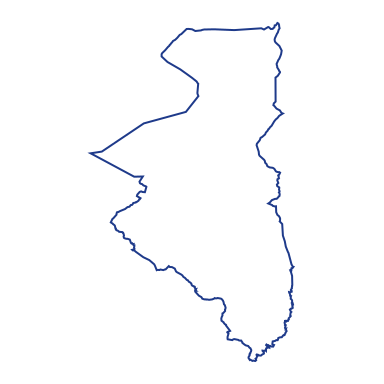 Offinso Municipal, Ashanti, Ghana (Albers equal-area conic projection)
{"feature_id": "2480657B80894926360364", "entity_name": "Offinso Municipal", "entity_type": "district", "adm_level": 2, "iso_a3": "GHA", "parent_name": "Ghana", "parent_adm1": "Ashanti", "projection": "albers", "projection_center": [-1.702, 7.059], "detail": "fine", "context": "isolated", "style": "outline", "palette": "blue", "viewbox_px": 384, "rotation_deg": 0, "n_neighbors": 0, "source": "geoboundaries", "source_scale": "gbopen_adm2", "svg_char_len": 6042}
<svg xmlns="http://www.w3.org/2000/svg" viewBox="0 0 384 384"><path d="M288.8,319.5L288.6,319.1L288.7,318.3L290.7,316.2L290.6,315.6L290.2,315.3L290.6,312.8L291.3,312.0L290.9,311.7L289.9,309.6L290.6,308.9L291.2,308.8L291.3,308.5L292.5,308.2L292.5,307.8L292.7,307.5L292.3,306.0L292.6,305.8L292.6,305.3L292.2,304.5L292.4,304.3L292.7,304.6L293.0,304.5L292.7,303.4L292.2,303.3L292.3,302.7L291.9,302.6L292.1,302.2L292.1,300.4L291.6,299.6L290.7,298.8L290.8,296.7L290.5,296.3L290.9,295.9L290.1,295.3L290.1,294.3L289.2,292.7L289.1,292.1L289.8,292.3L291.7,291.7L291.6,290.9L291.2,290.8L290.8,290.1L291.0,289.5L291.9,288.4L291.8,287.3L292.1,286.8L292.0,285.8L292.3,285.2L292.1,275.9L290.9,271.8L291.2,271.1L290.6,271.0L290.6,270.7L290.2,270.1L291.2,269.5L291.4,268.8L292.4,268.3L292.5,268.1L292.1,267.9L293.2,267.2L293.4,266.9L292.9,266.8L291.5,264.4L288.5,253.0L287.9,251.9L285.8,246.6L284.8,241.3L282.9,235.6L282.2,224.0L279.7,221.4L280.0,220.9L280.1,219.6L280.1,218.5L279.8,217.6L279.0,216.2L277.4,214.9L276.2,212.2L276.0,206.3L274.6,206.4L272.7,205.8L272.2,205.1L268.3,203.5L269.8,202.5L271.9,200.1L275.0,198.9L276.7,198.8L278.3,197.2L278.6,196.5L279.4,196.1L279.7,194.8L279.5,193.1L278.9,192.5L279.6,191.2L279.0,189.7L279.3,187.8L279.2,187.4L277.3,186.2L276.9,184.6L278.3,183.0L277.3,180.4L277.5,179.2L278.7,178.6L279.0,178.2L278.7,177.6L278.6,175.9L278.2,175.6L278.4,175.1L279.2,174.6L280.1,172.7L279.3,172.1L278.0,172.1L276.5,171.7L275.8,171.2L274.4,168.9L273.3,168.1L272.7,167.8L269.6,167.4L267.4,166.2L266.5,164.0L265.2,162.8L264.8,160.9L264.2,159.9L259.6,155.8L259.0,154.6L258.7,151.6L256.6,145.2L256.9,143.7L259.7,140.3L260.6,137.8L262.1,137.0L265.1,134.4L265.9,132.5L267.6,130.7L268.4,129.1L269.2,128.7L269.8,127.5L271.6,125.8L274.2,121.4L275.8,119.4L277.4,118.1L279.2,115.8L282.8,113.5L282.0,113.2L281.2,112.5L279.9,110.4L276.5,108.6L274.2,105.8L273.4,105.2L273.8,103.4L275.6,101.6L275.5,77.6L277.8,75.8L280.0,72.4L279.9,71.7L279.0,70.7L278.8,69.9L277.2,67.4L277.2,66.1L276.9,65.5L276.6,63.9L278.4,59.9L279.3,58.7L280.6,55.5L281.1,54.1L281.7,50.6L279.4,46.0L275.6,42.5L274.9,41.4L274.6,39.7L274.9,38.3L277.1,33.5L277.8,32.6L278.7,29.7L279.6,28.3L279.1,26.1L279.1,25.1L278.5,23.6L277.4,23.0L276.2,24.9L275.8,25.3L274.7,25.4L274.3,27.5L273.4,28.0L272.7,28.9L270.8,29.0L268.8,27.2L268.2,27.0L264.0,29.5L261.3,28.3L234.3,30.1L214.2,29.3L204.2,29.5L202.2,29.9L201.0,30.4L195.3,31.0L192.1,29.3L188.5,28.9L186.6,29.0L181.3,34.1L179.7,34.9L177.3,37.8L175.2,39.8L173.0,41.0L172.2,42.2L170.7,43.8L170.4,44.5L169.7,44.9L169.2,45.9L168.1,46.8L165.1,50.3L162.2,53.1L161.6,54.2L161.6,56.5L167.5,62.0L180.3,69.4L192.0,77.8L196.6,81.5L197.8,83.4L198.2,83.7L197.4,92.9L197.5,93.8L198.4,96.1L185.9,111.9L143.8,123.4L101.8,151.6L90.6,153.3L134.2,176.7L142.8,176.5L139.5,181.6L139.9,183.1L140.6,183.7L142.1,184.1L143.4,185.4L146.0,186.4L146.4,186.8L144.9,192.2L142.6,192.0L141.1,191.4L139.7,191.9L137.3,194.6L136.9,196.1L140.5,198.2L139.7,199.3L139.2,199.4L138.5,200.7L136.8,201.9L136.1,202.0L135.8,202.5L133.3,203.0L132.6,204.3L132.0,204.9L130.7,205.1L129.5,206.7L127.5,207.1L125.1,209.0L120.0,211.1L118.2,212.1L117.2,212.1L116.6,213.2L116.5,214.7L113.3,218.3L112.4,219.0L110.8,222.4L112.8,223.7L113.1,224.2L114.4,225.1L114.9,225.8L115.4,228.2L115.9,228.5L115.8,229.5L116.6,230.3L117.5,230.5L118.7,231.3L119.1,231.8L122.4,232.1L123.1,232.7L123.0,233.1L123.5,233.6L124.0,235.5L123.6,236.4L123.9,237.8L124.7,238.3L126.3,238.8L127.6,238.8L129.8,239.6L130.9,242.8L131.5,243.5L132.0,243.3L132.1,243.6L132.6,243.7L133.1,244.2L133.5,244.1L133.3,244.8L133.8,245.4L134.4,245.4L134.3,246.7L134.0,247.6L134.5,248.9L134.1,249.3L132.2,249.8L132.8,250.4L134.3,250.4L135.7,251.7L143.3,257.2L149.3,260.1L154.2,264.3L154.9,265.6L156.7,270.1L157.1,269.9L159.6,270.0L160.3,269.5L163.3,270.1L165.0,269.4L165.6,269.4L168.8,266.1L169.8,267.0L172.0,267.1L174.8,268.6L176.0,271.4L176.8,272.1L181.2,274.5L182.4,275.4L183.4,276.9L185.0,277.9L186.8,279.9L187.9,280.3L188.8,281.7L190.1,282.4L191.3,283.5L191.6,284.8L192.3,285.7L194.6,286.6L194.8,286.8L194.6,287.5L195.1,288.0L195.4,289.3L195.8,289.2L195.6,289.5L195.9,289.9L195.4,290.4L195.8,290.7L195.2,290.7L195.2,291.4L194.8,291.2L198.9,295.7L201.4,297.1L202.3,298.7L204.4,299.4L205.2,299.3L206.2,299.6L206.7,299.4L209.1,299.8L212.2,299.4L214.1,298.6L214.7,298.1L215.0,298.3L216.9,298.3L217.6,298.0L220.8,298.6L221.5,298.9L222.9,300.5L223.5,301.9L224.0,304.3L224.8,305.1L225.6,307.6L225.4,308.9L225.0,309.5L225.1,311.0L223.2,313.1L222.5,313.4L222.4,313.9L222.5,315.4L221.7,317.1L221.3,318.6L221.5,320.7L223.7,322.4L223.8,322.9L224.9,324.2L225.9,324.7L226.1,325.0L226.0,325.5L230.1,330.9L228.7,331.6L227.5,331.9L227.3,332.4L228.5,333.6L227.6,336.7L227.5,338.2L227.7,339.3L232.3,340.1L233.3,339.3L234.4,339.1L238.3,339.9L239.1,340.5L241.3,340.6L241.6,341.4L242.3,342.2L242.4,342.9L244.7,344.7L245.8,345.4L248.2,346.0L249.6,347.8L250.4,348.2L251.3,350.1L251.0,351.5L250.1,353.1L250.2,353.4L249.7,353.8L249.8,354.3L249.4,355.0L249.6,355.5L248.6,357.0L248.5,357.9L249.7,359.8L250.0,359.5L252.4,360.9L253.1,360.6L255.3,361.0L256.2,360.2L255.9,359.2L255.6,358.7L256.3,358.3L257.0,356.6L257.5,356.1L257.5,355.8L256.6,355.1L256.5,354.8L256.7,354.5L257.9,354.7L259.1,355.4L260.3,355.6L261.1,355.5L261.9,354.7L263.9,353.6L264.0,353.0L263.6,352.1L262.5,350.8L262.5,350.6L264.3,350.9L265.2,350.6L265.4,350.2L266.0,350.8L266.1,348.7L266.4,348.1L268.2,347.6L266.1,345.1L266.5,344.5L267.2,345.0L268.3,345.1L268.7,345.5L268.8,346.0L268.5,346.6L268.7,347.4L269.4,347.7L269.4,346.1L270.1,345.9L271.8,346.6L273.2,346.6L274.0,345.0L273.0,344.7L272.3,344.1L272.7,341.4L275.1,340.9L276.3,340.1L277.6,340.2L277.9,339.8L278.3,338.0L279.8,337.4L281.8,337.2L283.0,335.6L283.9,335.3L283.7,335.1L284.7,334.4L285.3,333.6L285.5,332.6L286.6,331.1L286.0,329.5L285.7,329.5L286.0,328.7L285.7,328.8L285.3,328.5L285.0,327.8L285.5,326.0L285.1,325.4L285.6,325.0L285.1,324.6L284.8,323.9L284.6,322.4L285.0,322.0L285.0,320.9L285.5,320.8L285.7,321.3L286.4,321.5L286.5,321.3L286.3,320.9L287.9,320.9L287.9,320.3L288.8,319.5Z" fill="none" stroke="#1e3a8a" stroke-width="2"/></svg>